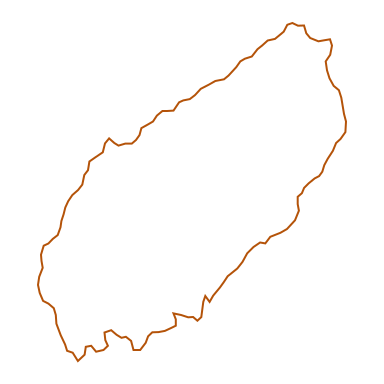 Jambeiro, São Paulo, Brazil (Equal Earth projection)
{"feature_id": "56859067B251239701216", "entity_name": "Jambeiro", "entity_type": "district", "adm_level": 2, "iso_a3": "BRA", "parent_name": "Brazil", "parent_adm1": "São Paulo", "projection": "equal_earth", "projection_center": [-45.713, -23.277], "detail": "fine", "context": "isolated", "style": "outline", "palette": "amber", "viewbox_px": 384, "rotation_deg": 0, "n_neighbors": 0, "source": "geoboundaries", "source_scale": "gbopen_adm2", "svg_char_len": 1834}
<svg xmlns="http://www.w3.org/2000/svg" viewBox="0 0 384 384"><path d="M173.5,110.6L167.1,111.0L162.4,111.0L156.9,115.6L153.0,121.5L148.4,124.2L141.4,128.1L139.5,135.1L136.0,140.0L131.8,143.6L125.3,143.6L118.5,145.6L114.3,143.0L109.1,138.4L105.0,143.4L102.8,152.3L95.4,157.3L89.4,161.5L88.0,170.2L84.3,175.0L82.3,184.6L78.1,190.0L72.3,195.1L68.2,201.2L65.3,207.5L63.6,214.3L61.4,221.0L60.5,227.3L57.7,235.1L52.8,238.9L48.4,243.5L43.7,245.7L41.0,254.7L41.5,260.9L42.7,267.8L39.2,276.8L38.0,284.9L39.7,292.9L43.1,300.9L48.4,303.6L53.8,308.2L55.8,315.0L56.4,323.7L60.7,335.2L65.1,344.5L67.1,350.8L72.7,352.7L77.9,361.0L84.6,354.7L85.8,346.8L91.2,345.8L96.1,351.7L103.5,350.0L107.9,345.8L105.3,340.1L104.5,332.5L111.2,330.2L116.6,334.8L121.5,337.8L125.9,336.8L131.1,340.9L133.5,350.0L140.2,350.0L145.7,342.8L148.1,336.3L152.3,332.3L158.5,332.1L164.9,330.9L171.1,328.0L175.8,325.7L175.8,319.3L173.5,313.4L181.1,315.0L188.2,317.3L193.1,317.0L197.4,320.7L201.3,317.1L203.3,301.8L205.3,296.0L209.6,301.9L213.2,295.6L220.0,287.4L223.8,282.1L227.7,276.2L237.3,268.5L242.5,261.9L247.2,253.3L253.5,247.0L260.1,242.5L265.3,243.4L270.3,236.8L280.4,232.8L287.0,229.0L295.0,220.3L298.9,210.7L297.7,204.1L297.7,196.8L301.9,193.2L304.1,187.9L308.7,183.3L314.7,178.4L319.1,176.1L322.3,171.7L324.3,165.1L327.7,158.8L332.9,150.8L336.1,143.0L340.5,139.0L345.4,132.1L346.0,121.5L344.0,113.9L342.7,106.1L341.3,97.7L338.9,90.2L333.7,85.9L329.5,78.3L327.0,70.3L325.7,61.4L330.2,54.8L332.0,45.6L330.0,39.3L324.1,40.3L318.4,41.3L310.2,38.0L306.3,33.3L304.0,25.5L298.0,25.7L292.3,23.0L287.3,24.8L283.7,31.7L275.0,38.9L267.7,40.5L262.5,45.2L257.5,49.2L251.8,56.5L244.9,58.7L240.3,61.4L236.3,67.1L228.5,75.6L224.0,79.3L215.3,81.0L208.2,85.0L200.8,88.8L195.0,95.1L189.8,99.1L183.3,100.4L179.1,102.3L173.5,110.6Z" fill="none" stroke="#b45309" stroke-width="2"/></svg>